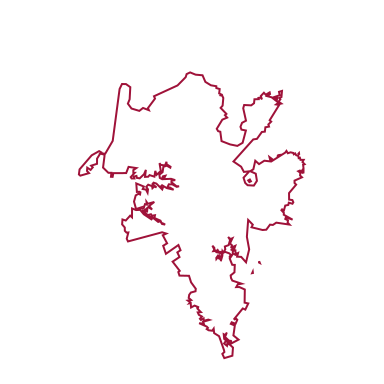 the district of MÄngere-ÅtÄhuhu Local Board Area, Auckland, New Zealand, rotated 118°
{"feature_id": "76426892B61751173785029", "entity_name": "MÄngere-ÅtÄhuhu Local Board Area", "entity_type": "district", "adm_level": 2, "iso_a3": "NZL", "parent_name": "New Zealand", "parent_adm1": "Auckland", "projection": "equal_earth", "projection_center": [174.799, -36.975], "detail": "fine", "context": "isolated", "style": "outline", "palette": "rose", "viewbox_px": 384, "rotation_deg": 118, "n_neighbors": 0, "source": "geoboundaries", "source_scale": "gbopen_adm2", "svg_char_len": 6068}
<svg xmlns="http://www.w3.org/2000/svg" viewBox="0 0 384 384"><g transform="rotate(118 192 192)"><path d="M253.3,99.6L253.7,105.6L255.2,108.3L252.1,108.2L249.7,105.2L251.3,114.8L249.7,117.1L247.5,118.7L243.0,116.8L236.3,120.0L237.4,122.3L233.1,127.4L228.2,126.9L232.4,128.3L229.2,128.3L228.7,130.4L229.3,134.6L231.6,136.4L234.2,135.2L239.7,134.1L237.9,134.6L238.0,137.0L235.9,138.2L239.7,139.0L238.8,139.6L235.8,139.2L235.9,135.6L232.2,137.1L233.7,142.3L232.9,143.4L234.2,145.4L232.3,145.3L229.8,148.8L230.8,146.1L233.0,144.7L232.5,143.5L233.1,142.6L231.2,142.1L232.2,140.5L231.0,137.1L230.1,137.4L231.1,136.0L227.0,135.7L224.7,137.4L221.7,134.7L216.4,135.9L214.7,139.0L215.6,136.3L214.6,136.7L215.5,135.8L213.9,134.6L219.6,134.3L220.3,131.7L222.2,131.4L222.0,129.8L220.6,129.6L219.2,128.5L221.8,128.1L224.8,130.7L222.8,125.5L224.9,128.3L227.2,127.1L227.0,124.3L224.8,125.2L225.8,123.7L224.3,122.7L227.9,121.8L226.2,118.1L228.7,111.3L215.8,114.6L205.8,122.5L190.3,129.3L192.3,123.0L195.2,122.9L192.4,111.8L190.4,108.7L184.2,107.8L183.1,105.1L179.5,103.2L175.0,90.6L174.1,93.2L172.0,93.9L172.0,97.0L170.2,97.2L169.2,90.2L169.0,100.3L167.3,101.1L166.1,104.5L165.0,104.3L165.0,102.2L160.2,103.3L158.2,100.9L156.0,101.5L155.2,97.8L153.5,97.7L152.0,99.6L153.1,102.7L147.4,105.8L136.6,103.5L135.9,105.7L133.8,106.8L127.4,101.8L126.7,104.3L124.1,105.5L123.8,107.9L122.4,106.8L123.3,103.6L122.5,102.7L120.5,103.7L121.4,104.9L118.8,104.6L115.8,106.7L114.6,105.6L113.7,108.5L111.2,108.5L112.7,111.3L111.1,112.8L112.0,113.7L110.2,115.1L110.6,117.3L109.5,119.1L110.9,119.8L110.0,121.0L110.7,123.6L112.8,125.6L111.4,127.9L113.5,128.2L127.9,136.4L130.4,142.8L135.9,145.9L134.7,150.8L143.1,148.5L146.3,150.3L145.9,144.3L151.7,139.9L157.3,140.4L159.9,146.1L159.0,149.3L155.2,153.2L146.8,151.1L149.9,155.6L146.6,160.5L145.6,169.7L116.8,162.6L114.6,159.6L106.2,158.5L104.5,156.0L100.4,157.6L98.1,154.7L96.5,156.3L92.7,155.1L92.2,157.1L74.2,155.9L75.2,158.8L72.4,157.5L73.6,156.6L72.0,154.7L71.6,158.0L68.7,157.5L68.1,159.1L66.2,157.6L60.5,160.0L62.7,162.2L65.4,160.0L69.9,164.3L70.5,161.2L69.3,161.6L69.0,161.0L72.1,159.8L71.0,166.2L72.1,170.7L68.9,169.1L67.6,170.2L71.5,172.6L70.6,175.1L74.9,176.3L77.4,173.7L76.4,175.7L77.7,177.5L78.7,176.7L80.8,180.4L84.5,178.9L87.7,180.4L90.7,186.8L94.0,186.1L103.7,177.8L107.4,180.3L111.7,179.8L113.7,177.6L112.4,173.3L124.8,170.4L130.0,173.6L132.1,180.7L133.2,189.8L125.5,195.3L126.0,197.5L124.6,199.8L113.9,199.2L109.8,195.9L108.7,199.0L106.9,198.3L104.3,206.2L101.4,205.5L94.3,208.5L92.8,210.5L93.2,212.0L92.1,211.7L92.2,214.3L88.1,215.9L88.8,219.3L87.2,220.2L88.9,225.4L88.5,231.9L84.0,237.5L86.7,243.9L87.3,249.8L90.4,252.1L93.6,251.5L104.7,254.8L125.3,270.5L126.9,268.5L138.6,270.3L140.0,268.5L140.8,274.7L145.1,276.6L146.7,284.6L144.1,290.1L139.4,290.6L128.4,295.7L127.7,300.9L129.5,304.5L135.0,304.3L184.1,286.0L199.0,286.6L200.8,291.1L199.6,290.8L199.5,293.2L206.7,297.8L224.8,301.9L229.6,300.1L230.0,298.3L223.7,291.8L222.7,294.6L219.7,295.9L220.1,291.9L216.8,291.2L216.1,293.4L211.7,289.1L207.1,291.5L201.2,291.1L200.2,287.3L200.9,286.3L212.2,282.0L214.3,274.9L212.9,272.2L216.6,270.7L215.9,269.2L212.3,270.3L206.2,259.0L199.6,259.8L197.0,252.4L200.2,254.1L202.6,252.8L202.0,251.6L207.6,253.1L208.4,251.7L207.1,249.2L205.7,250.6L203.9,248.6L205.4,247.3L204.5,244.6L198.8,242.7L194.1,243.1L200.7,240.6L199.1,237.9L197.0,237.4L196.1,232.4L190.6,234.3L193.5,231.4L188.1,229.4L181.8,234.2L182.7,232.2L181.2,228.3L177.3,228.7L179.4,227.5L179.8,222.8L180.7,222.6L180.6,226.6L183.2,229.1L188.3,227.3L192.1,228.9L194.7,227.0L194.7,224.8L191.8,225.0L190.1,223.1L193.9,223.0L190.2,216.7L189.4,212.4L191.6,215.4L193.0,214.8L194.2,208.4L193.0,206.1L194.6,207.9L194.5,213.0L196.1,216.1L199.2,215.9L198.4,213.6L198.6,209.3L200.4,216.1L200.1,221.6L202.3,222.3L202.2,219.7L203.7,219.5L201.3,227.4L201.8,230.3L203.5,230.6L204.6,225.5L204.9,227.9L207.2,228.7L205.6,230.0L206.1,234.1L208.9,234.8L210.3,232.1L213.5,230.9L211.5,233.8L212.5,236.9L209.8,237.1L210.6,245.2L217.8,240.7L216.5,238.6L216.5,237.4L218.6,236.7L218.8,238.5L221.4,240.1L227.7,238.7L233.3,233.4L229.4,229.6L230.8,229.9L229.2,227.0L224.8,227.8L224.4,226.1L222.0,227.6L223.1,225.5L218.5,220.6L224.5,223.3L226.2,219.0L225.9,223.5L228.8,224.6L228.4,223.3L230.3,222.5L231.7,227.4L233.1,220.2L230.9,217.8L231.8,216.3L229.9,213.8L232.6,213.0L232.1,206.4L233.6,204.4L233.3,202.1L233.4,200.4L234.3,203.4L232.7,206.3L234.3,207.8L233.0,214.9L233.7,218.2L235.3,214.1L234.3,224.1L232.1,229.4L234.2,232.9L234.7,237.2L242.5,233.1L241.9,235.5L248.3,237.1L248.9,240.5L253.4,238.5L254.9,234.7L257.8,233.1L258.6,230.7L257.6,229.2L263.9,227.7L265.7,225.3L241.6,199.5L240.8,195.2L243.9,197.5L249.0,189.9L253.0,192.2L258.8,186.0L245.2,179.1L248.8,174.8L252.2,176.6L255.3,172.5L262.6,176.4L267.4,165.8L269.1,166.5L271.7,163.8L267.4,155.3L272.2,150.4L275.7,143.2L278.0,142.3L281.3,145.8L284.1,146.2L287.1,145.2L287.8,142.1L289.8,144.7L290.2,141.7L291.4,142.0L290.6,141.1L294.4,138.6L291.1,136.4L290.6,131.7L291.4,133.2L292.4,132.5L293.9,127.8L295.6,130.4L297.2,128.3L297.3,124.7L300.2,125.5L300.8,124.0L298.2,122.4L300.2,121.1L297.0,117.7L296.8,116.6L301.4,121.3L302.7,119.8L304.5,124.1L303.9,115.8L304.5,114.1L306.1,114.6L306.3,112.5L305.0,109.0L302.5,108.7L306.2,106.2L306.6,100.4L316.6,89.5L318.1,88.3L320.7,89.2L323.5,85.5L317.6,79.5L310.1,82.8L309.0,87.0L309.4,89.6L311.4,88.9L310.7,92.5L307.8,92.2L307.4,88.6L305.4,92.1L306.9,93.0L306.6,94.6L302.7,97.2L302.7,95.1L301.4,95.4L300.6,95.3L300.6,95.2L302.5,94.9L304.3,95.5L305.9,89.6L305.2,87.7L307.1,86.1L300.5,81.6L299.2,88.1L289.8,91.5L290.2,95.8L288.4,95.8L287.8,91.7L283.6,92.0L283.1,93.5L284.4,94.5L284.2,95.1L271.0,92.5L270.8,89.7L264.0,90.0L265.0,93.6L253.3,99.6ZM156.3,146.0L154.9,145.0L153.8,146.8L155.4,147.8L156.3,146.0ZM126.9,138.1L125.9,135.9L125.4,136.3L124.8,140.0L126.9,138.1ZM233.9,100.9L235.4,100.8L234.9,100.2L233.9,100.9ZM120.8,133.2L118.3,132.2L118.8,132.9L119.3,133.3L120.8,133.2ZM108.8,114.8L107.4,115.8L108.2,116.0L108.8,114.8ZM221.6,100.2L222.8,99.7L222.8,98.8L221.6,100.2Z" fill="none" stroke="#9f1239" stroke-width="2"/></g></svg>